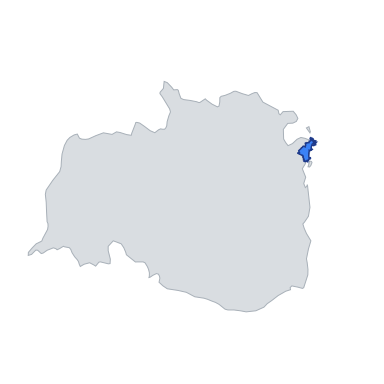 Kiri Sakor, Kaôh Kong, Cambodia (highlighted), rotated 200°
{"feature_id": "14789045B21288093424690", "entity_name": "Kiri Sakor", "entity_type": "district", "adm_level": 2, "iso_a3": "KHM", "parent_name": "Cambodia", "parent_adm1": "Kaôh Kong", "projection": "albers", "projection_center": [103.125, 11.088], "detail": "fine", "context": "in_parent", "style": "filled", "palette": "blue", "viewbox_px": 384, "rotation_deg": 200, "n_neighbors": 0, "source": "geoboundaries", "source_scale": "gbopen_adm2", "svg_char_len": 6590}
<svg xmlns="http://www.w3.org/2000/svg" viewBox="0 0 384 384"><g transform="rotate(200 192 192)"><path d="M324.2,76.4L325.1,79.3L323.0,84.9L320.7,90.0L316.4,94.5L316.3,97.7L314.9,107.4L315.5,110.5L316.6,113.1L318.0,114.5L322.0,123.9L325.5,132.5L329.0,139.6L329.7,144.0L326.8,155.4L323.3,165.9L323.7,171.1L325.3,176.3L327.1,183.2L327.8,192.1L327.0,197.9L325.4,201.5L322.3,205.3L319.6,207.2L316.2,204.1L313.6,204.0L310.1,205.0L307.3,206.5L301.7,212.0L295.5,217.3L286.8,218.8L283.5,222.7L279.9,223.3L273.0,223.6L268.5,224.5L268.7,226.5L268.5,235.8L268.6,238.0L267.9,238.5L264.8,238.9L259.5,237.5L252.3,235.3L247.2,235.0L244.7,239.0L243.1,240.6L241.2,240.9L239.2,241.6L238.5,243.4L238.4,245.7L239.4,249.5L239.8,255.7L239.6,259.9L241.5,262.5L252.5,271.3L255.8,273.5L256.1,274.8L254.3,279.6L256.0,286.4L252.6,286.3L246.9,283.5L244.1,281.7L240.8,283.2L239.7,282.9L237.4,279.6L234.4,276.2L231.4,276.0L225.1,277.4L218.6,278.4L216.1,278.4L215.1,279.0L211.4,284.1L209.8,283.3L203.2,281.4L197.2,280.7L196.0,282.0L196.7,286.1L198.1,290.2L197.3,291.9L194.0,294.1L189.7,297.9L187.1,300.9L185.2,301.7L178.6,301.6L172.0,302.0L169.4,304.8L166.9,307.0L164.8,307.6L156.1,300.7L139.0,298.3L137.1,295.3L135.5,294.7L133.9,298.7L124.5,302.5L120.6,300.2L117.7,297.4L118.1,294.0L120.8,291.2L125.5,289.2L127.6,282.1L124.0,273.1L120.9,270.5L117.6,268.4L114.2,271.8L111.3,277.5L108.3,280.5L104.0,281.1L97.7,280.9L95.3,272.3L94.5,265.0L95.3,256.6L96.3,251.6L90.2,244.8L89.9,238.2L87.0,234.9L86.1,236.6L86.2,238.4L85.4,237.1L75.9,217.9L74.3,209.0L76.0,202.2L76.9,199.9L74.2,196.3L70.3,192.2L63.6,186.8L63.1,178.4L61.6,168.4L59.6,165.0L56.5,158.8L54.8,153.7L54.3,140.3L55.2,139.2L60.0,138.8L66.1,137.9L67.1,135.7L66.0,133.9L70.0,130.8L75.6,124.2L80.0,117.2L83.1,112.8L85.0,108.4L91.4,102.2L100.1,97.9L106.0,96.9L112.2,95.5L118.1,93.4L120.9,93.2L128.3,95.7L132.3,96.3L136.4,96.3L140.7,96.5L144.5,96.3L153.5,94.5L163.1,95.8L171.6,94.7L182.1,92.6L187.3,93.9L192.1,95.9L192.7,100.0L193.8,101.8L195.4,103.3L197.5,103.2L200.2,100.4L202.4,97.4L203.2,96.9L203.3,98.3L204.4,101.5L206.5,104.6L208.5,106.7L211.9,109.4L214.1,109.6L221.3,106.9L232.2,110.6L233.5,112.5L237.0,116.3L240.8,119.1L249.3,119.2L252.2,112.3L250.7,108.2L245.8,101.0L244.5,96.7L246.0,95.9L254.2,95.0L255.5,94.2L257.2,89.4L259.4,89.9L264.0,90.5L268.7,87.2L271.5,83.8L273.1,85.4L274.8,87.7L276.6,89.1L280.1,91.0L283.9,93.9L286.3,96.6L288.2,97.7L293.0,96.9L294.3,97.0L297.1,93.5L299.0,91.6L300.7,92.2L303.2,92.1L308.2,87.7L311.0,83.7L312.6,82.6L317.1,84.5L318.9,84.0L321.4,78.5L324.2,76.4ZM92.0,261.0L91.1,261.5L90.2,261.5L89.3,260.7L89.4,257.6L90.1,255.7L91.6,255.4L92.0,261.0ZM106.4,291.3L104.5,293.4L101.4,289.1L101.4,287.9L106.4,291.3Z" fill="#d9dde1" stroke="#a8b0b8" stroke-width="1"/><path d="M105.8,264.6L105.0,264.5L104.3,264.4L103.7,264.3L103.1,264.4L102.8,264.3L102.6,264.3L102.3,264.3L102.0,264.2L101.7,264.1L101.2,264.2L100.9,264.3L100.6,264.3L100.4,264.1L100.3,263.9L100.2,263.9L99.9,263.8L99.8,263.7L99.7,263.5L99.5,263.3L99.5,263.2L99.4,262.9L99.5,262.6L99.4,262.5L99.4,262.4L99.2,262.2L99.3,262.2L99.1,262.0L98.9,262.0L98.8,261.9L98.7,261.8L98.5,261.7L98.3,261.1L98.4,260.9L98.3,260.7L98.2,260.5L98.2,260.4L97.7,260.4L97.5,260.5L97.4,260.4L97.3,260.2L97.4,259.4L97.3,259.2L97.2,259.2L97.0,259.3L96.9,259.4L96.8,259.5L96.7,259.6L96.4,259.5L96.2,259.3L96.1,259.2L95.9,259.3L95.9,259.5L96.0,259.5L95.9,259.8L95.6,260.0L95.3,260.0L95.1,260.3L94.9,260.3L94.5,260.2L94.6,260.3L94.7,260.5L94.5,260.8L94.5,261.0L94.3,261.0L94.3,260.9L94.2,260.9L94.0,261.0L93.6,261.1L93.6,260.9L93.4,260.9L93.3,261.0L93.5,261.2L93.5,261.3L93.6,261.5L93.7,262.0L93.5,262.3L93.4,262.4L93.2,262.3L93.1,262.5L93.3,263.1L93.4,263.3L93.4,263.5L93.2,263.5L92.7,263.7L92.6,263.8L92.6,264.0L92.4,263.9L92.4,264.0L92.2,264.3L92.4,264.6L92.5,264.7L92.8,264.5L93.0,264.5L93.1,264.4L93.4,264.4L93.5,264.3L93.6,264.2L93.7,264.4L93.9,264.5L94.2,265.0L94.6,265.8L95.0,266.9L95.3,268.1L95.5,268.3L95.5,268.5L95.7,269.3L95.8,270.9L95.9,271.0L95.6,271.0L95.5,271.4L95.5,271.6L95.3,271.9L95.2,272.0L94.9,272.2L94.6,271.8L94.3,272.0L94.5,272.2L94.8,272.5L94.7,272.8L94.8,273.2L94.7,273.4L94.9,273.5L95.0,273.9L95.3,275.1L95.4,276.2L95.4,278.2L95.3,278.3L95.1,278.4L94.9,278.5L94.8,278.8L94.7,279.1L94.8,279.2L94.8,279.3L94.7,279.6L94.8,280.1L94.8,280.7L95.3,280.9L95.6,281.1L96.2,281.5L96.4,281.8L96.5,281.9L96.6,282.4L96.6,282.7L96.5,282.9L96.4,283.0L96.2,282.9L96.1,283.0L96.0,282.9L96.0,283.0L96.3,283.3L96.7,283.5L97.0,283.6L97.3,283.6L97.4,283.3L97.3,283.2L97.6,283.0L97.8,283.0L98.1,283.1L98.4,283.4L98.5,283.4L98.7,283.7L98.8,283.8L99.0,283.8L99.1,283.7L99.2,283.3L99.2,283.2L99.3,283.1L99.3,282.8L99.2,282.8L99.1,282.7L98.9,282.6L98.7,282.5L98.7,282.4L98.5,282.5L98.5,282.4L98.4,282.4L98.3,282.2L98.5,282.3L98.5,282.2L98.4,282.1L98.2,282.1L98.3,281.9L98.2,281.9L97.9,281.6L97.9,281.1L98.0,280.8L98.2,280.4L98.3,280.3L98.8,280.0L99.2,279.9L99.3,279.8L99.3,279.7L99.1,279.5L99.0,279.3L98.9,278.4L99.2,278.3L99.4,278.2L100.0,277.9L100.3,277.8L100.7,277.7L100.9,277.7L101.1,277.5L101.3,277.3L101.2,277.1L101.3,277.1L101.6,277.0L102.0,277.0L102.2,276.8L102.2,276.6L102.2,276.4L102.0,276.2L101.9,276.1L101.7,276.1L101.6,275.9L101.5,275.6L101.5,275.2L101.4,275.1L101.3,274.9L101.1,274.5L101.2,273.4L101.1,273.2L101.3,273.2L101.6,273.3L101.8,273.2L101.9,273.3L102.0,273.2L102.3,273.3L102.6,273.3L102.8,273.2L103.2,273.0L103.4,272.7L103.5,271.7L103.8,271.5L104.2,271.0L104.3,270.9L104.3,270.3L105.8,267.5L105.8,267.4L105.6,267.3L105.6,267.0L105.5,266.8L105.4,266.6L105.1,266.4L104.7,266.0L104.5,265.9L104.5,265.7L104.8,265.6L105.2,265.5L105.3,265.4L105.4,265.2L105.7,265.1L105.9,264.8L105.8,264.6ZM94.2,281.9L94.0,281.6L93.9,281.6L93.6,281.3L93.4,281.4L93.5,281.6L93.4,281.7L93.3,281.8L93.3,281.7L93.2,281.9L93.3,282.0L93.2,282.1L93.3,282.2L93.3,282.3L93.8,282.3L93.9,282.2L94.3,282.3L94.4,282.2L94.5,282.1L94.4,282.1L94.4,281.9L94.2,281.9ZM93.8,279.6L93.9,279.3L93.9,279.2L93.7,279.3L93.6,279.5L93.4,279.6L93.4,279.8L93.5,279.9L93.4,280.0L93.6,280.1L93.6,279.9L93.7,279.7L93.8,279.6ZM93.8,277.2L93.5,277.2L93.4,277.3L93.2,277.5L93.2,277.8L93.3,277.8L93.3,277.6L93.6,277.5L93.8,277.4L93.9,277.2L93.8,277.2ZM92.7,278.3L92.4,278.3L92.1,278.6L92.3,278.7L92.5,278.7L92.6,278.4L92.7,278.3ZM93.0,281.1L92.7,281.1L92.7,281.3L92.8,281.4L93.0,281.1ZM93.9,273.1L94.0,273.0L94.1,272.8L93.9,272.9L93.8,273.0L93.9,273.1ZM94.4,273.6L94.5,273.5L94.4,273.4L94.2,273.5L94.3,273.6L94.4,273.6ZM93.4,273.1L93.5,273.1L93.4,272.9L93.4,273.1L93.4,273.1ZM92.5,280.9L92.4,280.8L92.3,281.0L92.5,280.9L92.5,280.9ZM93.1,280.1L92.9,280.1L93.0,280.2L93.1,280.1Z" fill="#3b82f6" stroke="#1e3a8a" stroke-width="1.5"/></g></svg>